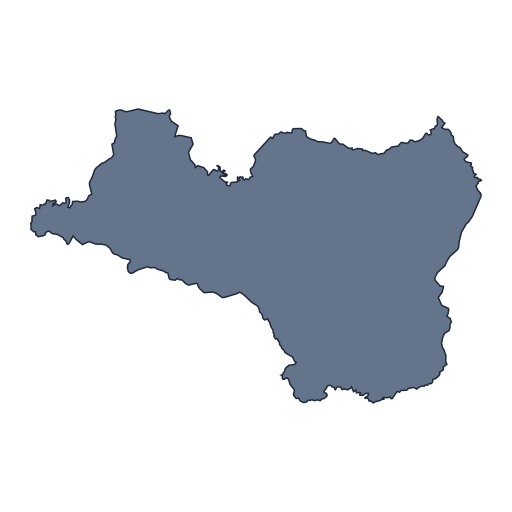 outline of Krong Bong, Đắk Lắk, Vietnam
{"feature_id": "81297802B29162792012865", "entity_name": "Krong Bong", "entity_type": "district", "adm_level": 2, "iso_a3": "VNM", "parent_name": "Vietnam", "parent_adm1": "Đắk Lắk", "projection": "albers", "projection_center": [108.512, 12.452], "detail": "fine", "context": "isolated", "style": "filled", "palette": "slate", "viewbox_px": 512, "rotation_deg": 0, "n_neighbors": 0, "source": "geoboundaries", "source_scale": "gbopen_adm2", "svg_char_len": 6061}
<svg xmlns="http://www.w3.org/2000/svg" viewBox="0 0 512 512"><path d="M30.7,223.1L31.2,226.3L30.9,229.2L33.7,231.8L35.7,231.9L35.7,234.7L38.3,236.7L43.7,235.7L45.5,234.4L45.2,233.4L46.4,232.0L49.0,231.1L52.2,233.6L57.3,234.4L63.1,237.6L64.2,239.6L66.3,241.4L66.6,243.5L67.9,244.4L69.5,242.8L73.0,236.0L76.5,239.8L82.5,244.6L88.7,241.6L95.9,244.1L101.8,244.2L106.2,245.2L109.9,248.2L112.5,252.7L114.0,254.0L117.6,255.0L122.3,258.0L130.0,259.7L130.3,261.3L127.8,264.6L127.4,268.0L128.3,271.6L130.5,273.4L132.6,273.0L137.6,270.0L147.5,266.8L150.4,267.8L154.8,267.5L157.4,269.2L163.8,271.1L165.8,272.6L167.8,272.9L169.2,278.5L170.0,279.5L175.3,280.2L177.3,278.5L179.4,279.8L181.9,279.9L185.4,283.4L188.4,285.1L196.7,283.3L197.5,283.7L198.2,286.6L200.2,289.2L204.1,292.7L212.7,292.0L216.4,293.4L222.4,297.6L225.3,297.2L237.3,293.5L239.7,292.1L244.1,295.0L251.4,302.1L257.4,305.9L259.1,308.7L259.6,311.9L262.1,314.5L263.1,318.7L264.8,320.0L267.2,318.8L268.1,319.2L268.2,320.5L269.6,322.3L271.0,326.8L273.0,330.1L273.2,332.8L274.1,333.8L273.9,336.3L275.5,339.0L277.5,338.8L278.3,341.0L279.4,342.0L279.6,344.6L281.1,346.3L281.9,348.4L284.3,350.6L285.1,352.7L292.5,357.0L294.7,361.4L296.3,362.6L294.3,364.5L288.7,365.3L287.8,366.5L286.7,366.9L285.1,368.9L284.5,371.6L283.2,372.9L282.8,374.5L281.3,375.1L282.1,375.4L282.6,379.1L284.1,379.3L286.8,377.8L288.6,379.4L289.9,384.1L294.5,390.1L293.4,394.8L296.1,398.5L298.5,398.1L300.5,401.3L303.6,402.5L306.4,402.1L308.0,400.2L310.1,400.5L311.8,399.6L314.1,400.6L318.3,399.9L320.1,400.8L321.8,399.0L324.1,398.5L326.9,396.2L327.1,394.8L326.5,393.5L324.3,392.3L323.9,391.5L326.6,388.0L327.2,386.1L328.9,385.4L331.1,385.5L332.2,387.0L334.0,387.2L334.8,389.2L335.5,389.7L336.5,387.5L337.5,386.8L340.6,387.1L341.9,389.5L344.5,389.0L347.7,389.8L350.2,388.5L351.5,387.0L353.6,391.7L355.9,390.1L356.4,392.9L359.6,392.4L360.5,392.8L359.6,394.6L359.9,395.2L363.0,395.4L365.3,393.6L368.1,393.2L368.4,394.1L368.0,395.6L365.0,397.6L365.0,398.3L367.4,398.0L368.6,399.4L369.1,401.1L370.7,400.9L373.3,403.0L374.8,401.9L380.4,400.4L382.3,399.2L383.9,399.3L383.9,398.5L382.6,398.2L383.1,397.4L387.5,397.7L390.0,397.0L391.1,398.7L392.2,398.6L397.1,391.5L399.5,392.2L400.9,390.5L406.8,390.2L408.3,388.5L413.6,387.4L416.9,389.1L419.0,387.1L422.8,385.9L424.2,386.3L425.3,385.0L427.8,385.1L429.2,383.4L430.8,383.8L432.5,382.3L433.0,379.3L435.8,378.6L439.0,375.6L439.9,374.0L439.5,372.4L443.3,369.9L443.2,367.3L446.9,364.2L445.7,361.6L445.9,355.4L444.0,349.9L442.4,347.4L441.5,343.3L442.9,336.8L444.6,333.3L449.1,330.6L450.0,327.6L450.0,324.3L451.4,321.9L450.1,318.5L446.8,316.2L448.0,314.0L448.7,309.8L448.5,308.4L441.8,305.4L438.5,298.1L438.5,297.2L442.2,292.1L443.5,286.4L440.0,285.9L435.5,280.6L434.6,278.3L437.4,272.7L445.0,265.6L446.5,261.9L449.7,256.6L457.3,249.8L458.5,247.9L459.2,241.6L461.4,232.4L466.3,223.8L468.4,222.1L472.2,216.7L481.0,196.4L481.0,194.9L480.3,194.3L480.8,193.5L477.8,190.2L476.1,186.2L477.3,183.9L478.2,183.2L478.1,181.9L481.3,180.5L480.8,179.5L478.2,178.9L477.6,177.6L474.4,177.3L474.5,175.8L476.1,174.4L473.3,172.9L473.3,171.4L472.3,169.3L472.6,167.4L470.4,165.8L471.4,164.2L471.2,162.9L466.5,162.0L464.4,160.2L464.2,159.0L467.7,156.1L467.8,154.9L462.7,151.8L460.2,147.8L457.7,146.4L454.9,143.8L453.6,140.3L453.4,136.5L451.1,134.6L451.1,132.9L449.2,130.1L448.1,129.3L444.9,129.3L441.7,127.6L444.9,123.2L443.2,122.2L442.1,120.1L438.1,116.5L437.0,119.1L437.5,124.3L437.0,125.5L435.5,126.0L434.5,128.4L430.2,129.9L430.9,130.9L431.2,134.0L430.8,134.5L428.5,134.9L426.8,133.3L425.8,133.3L422.8,138.2L419.6,140.5L415.0,141.8L412.4,140.3L410.0,140.1L408.4,142.6L406.9,143.3L401.2,142.5L398.0,146.1L391.7,147.0L388.7,149.5L386.7,149.9L384.1,153.3L380.3,153.8L378.9,154.6L377.6,154.4L375.4,152.7L372.4,153.4L365.5,150.4L362.8,150.6L362.6,149.1L362.2,149.0L357.6,148.5L353.4,149.9L352.1,149.5L352.1,148.0L349.9,148.5L346.8,147.1L342.9,144.2L339.4,143.9L334.9,138.4L334.2,138.3L331.6,142.5L329.8,143.4L323.0,141.9L317.9,141.7L314.1,139.9L311.0,139.3L307.5,137.3L306.4,136.4L305.5,130.9L303.3,130.3L302.2,129.0L300.8,128.5L293.2,128.7L292.4,129.7L291.9,132.6L290.7,133.1L287.6,132.3L284.8,133.2L283.3,133.1L281.7,132.0L280.6,132.1L278.7,133.8L274.8,134.4L272.5,138.4L270.8,137.1L269.9,137.8L254.2,154.9L253.9,155.9L255.4,158.7L255.5,161.0L253.4,166.3L250.5,169.2L250.3,170.1L251.1,173.3L252.7,176.2L252.4,176.7L250.4,177.0L248.7,179.5L245.6,178.8L244.6,180.0L242.6,178.8L243.1,177.4L242.7,177.1L239.9,176.9L239.2,178.6L237.6,177.1L237.4,179.5L238.0,180.6L238.9,180.8L236.2,182.1L232.0,182.4L230.7,183.0L230.1,185.6L229.1,185.7L226.7,185.3L226.2,183.2L227.5,182.6L227.1,182.1L224.7,181.8L220.3,178.0L220.0,176.4L222.2,176.0L225.3,176.5L226.9,175.6L227.1,174.8L225.4,173.5L224.5,174.2L225.2,175.6L224.4,175.5L223.8,173.5L222.5,173.4L222.5,172.9L225.0,171.0L224.7,170.5L223.4,170.2L222.3,171.7L220.3,171.3L220.1,167.2L217.8,165.5L217.1,165.8L218.5,167.0L218.7,168.7L217.6,171.1L217.0,171.2L214.7,169.7L213.3,169.7L208.6,175.3L207.9,175.3L207.5,174.1L207.6,171.9L203.7,167.6L197.8,165.7L195.3,167.5L195.0,164.9L190.4,159.7L188.8,153.8L188.6,152.1L193.1,144.2L191.2,137.8L181.3,135.6L178.9,135.4L174.7,136.6L178.1,125.7L171.7,121.4L170.1,119.0L169.3,116.0L170.6,113.8L169.7,110.0L168.4,110.2L165.3,113.5L162.7,113.1L158.1,113.7L138.2,109.0L127.4,111.6L125.0,111.5L121.3,110.0L119.3,110.0L115.8,111.0L115.4,111.6L115.8,114.9L115.2,116.9L116.0,119.2L114.9,123.6L116.7,136.0L114.7,140.3L114.6,142.7L111.9,144.2L113.7,154.7L111.4,158.0L109.2,158.9L104.6,162.4L101.8,163.3L95.5,168.6L94.5,170.3L92.5,176.3L89.4,182.7L89.6,185.5L91.8,194.1L88.8,195.7L87.1,199.5L85.3,201.3L80.7,202.0L77.7,201.2L72.6,201.5L72.2,204.6L70.6,206.0L70.0,207.8L67.9,207.3L69.6,201.9L69.4,199.5L68.3,197.6L66.6,197.6L65.7,198.6L66.2,201.8L64.8,203.5L62.8,202.8L59.5,205.8L56.8,204.1L55.3,204.0L52.8,205.8L53.1,203.9L56.3,201.7L55.4,200.1L50.3,201.4L49.0,200.2L47.0,200.0L45.7,203.6L44.3,204.0L42.9,205.2L40.2,204.7L39.6,208.4L36.7,207.5L34.6,208.8L35.9,212.7L35.6,215.2L32.1,216.2L31.9,222.0L30.7,223.1Z" fill="#64748b" stroke="#1e293b" stroke-width="1.5"/></svg>